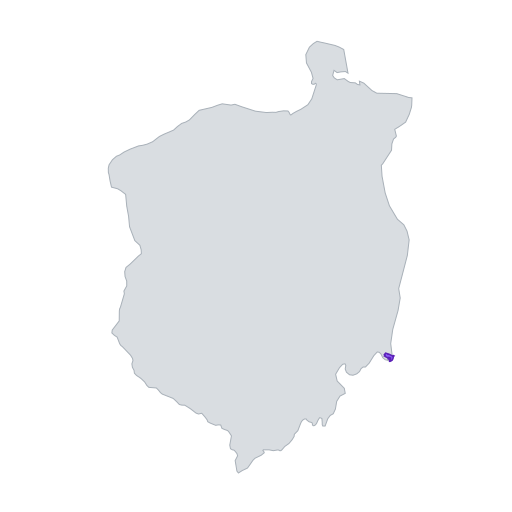 Ciupercenii Noi, Dolj, Romania (highlighted), rotated 273°
{"feature_id": "2599482B10348373605310", "entity_name": "Ciupercenii Noi", "entity_type": "district", "adm_level": 2, "iso_a3": "ROU", "parent_name": "Romania", "parent_adm1": "Dolj", "projection": "mercator", "projection_center": [22.919, 43.888], "detail": "fine", "context": "in_parent", "style": "filled", "palette": "violet", "viewbox_px": 512, "rotation_deg": 273, "n_neighbors": 0, "source": "geoboundaries", "source_scale": "gbopen_adm2", "svg_char_len": 4816}
<svg xmlns="http://www.w3.org/2000/svg" viewBox="0 0 512 512"><g transform="rotate(273 256 256)"><path d="M404.9,293.2L409.8,299.9L415.9,303.5L430.2,307.3L431.4,306.9L431.6,306.2L430.6,305.2L430.4,303.9L431.1,302.4L433.1,302.3L436.3,303.7L442.4,301.7L451.4,296.3L459.7,295.2L467.3,298.4L471.1,302.1L473.6,305.7L472.8,310.0L472.4,312.7L470.4,323.9L469.0,328.1L466.8,332.8L443.4,338.3L444.9,335.7L444.3,331.0L443.4,327.4L445.5,324.2L440.3,323.1L438.0,324.8L436.2,327.9L437.8,334.9L435.2,338.8L434.2,341.0L434.1,346.1L432.6,348.4L432.3,350.8L436.0,350.1L434.3,354.6L427.3,363.1L424.9,368.1L425.5,388.1L422.3,400.0L422.1,403.5L414.6,403.6L412.4,403.4L405.4,401.6L397.5,398.4L392.8,392.3L389.8,387.9L383.1,389.9L381.9,389.3L380.0,387.2L375.0,385.8L368.7,385.8L354.7,377.7L353.2,376.4L342.2,377.7L325.7,381.7L313.1,386.6L300.1,395.3L294.9,402.0L288.8,405.5L280.1,408.1L264.5,407.1L248.4,403.8L231.0,400.2L221.6,402.2L209.0,400.7L189.8,396.4L175.6,395.1L161.5,397.6L159.1,395.7L158.6,393.5L159.2,390.4L161.1,387.9L164.6,386.0L166.3,384.1L166.5,382.1L162.7,378.9L154.9,374.6L151.7,371.8L150.9,371.2L150.7,368.7L149.0,366.8L146.0,365.4L143.6,362.8L142.0,359.1L142.3,355.6L144.7,352.4L147.8,351.0L151.5,351.4L153.0,350.5L152.4,348.2L148.8,345.2L142.1,341.7L135.4,343.6L128.5,351.1L123.5,352.3L120.5,347.2L115.1,344.2L107.3,343.3L102.5,341.4L100.7,338.5L97.3,336.2L89.8,333.9L89.7,331.6L90.9,331.0L93.6,330.8L97.2,330.3L97.7,329.0L97.8,327.9L95.0,326.4L92.1,325.3L90.6,324.3L89.7,323.2L89.5,322.0L90.3,321.2L91.5,321.1L92.6,320.5L93.2,317.7L94.8,315.4L95.9,314.6L95.8,313.0L94.7,311.4L93.1,310.1L90.8,309.2L83.7,306.9L80.0,303.6L77.8,303.5L74.3,301.6L70.6,298.8L67.3,294.7L63.8,292.0L62.9,291.0L62.8,289.9L63.4,288.8L63.4,287.5L62.5,283.5L63.1,279.3L62.9,275.3L62.9,273.5L62.2,273.0L61.6,273.6L60.7,274.3L59.9,274.5L57.3,271.6L54.0,265.6L51.8,263.6L47.4,260.9L43.8,258.6L41.1,253.6L38.4,249.8L40.2,248.2L50.6,245.9L55.5,248.1L57.7,247.3L59.8,245.5L61.0,244.1L61.2,242.6L62.2,240.6L65.8,239.7L75.1,240.9L78.8,238.2L80.2,236.8L81.1,233.6L82.1,231.0L85.4,229.6L85.4,227.2L84.8,224.6L86.8,218.9L88.0,216.5L89.9,215.7L92.2,213.8L96.1,210.1L95.2,206.8L96.0,204.3L100.1,198.4L103.3,192.6L103.2,189.7L103.7,187.2L106.4,184.4L109.4,180.8L113.2,169.6L114.6,167.7L117.1,165.5L119.0,163.4L119.2,155.9L121.0,153.8L124.4,151.4L127.7,147.5L130.5,142.9L132.6,140.7L135.4,140.2L138.4,138.4L141.8,137.7L145.1,138.6L147.2,138.1L150.4,135.9L158.4,127.4L159.6,125.7L161.2,124.5L167.7,121.6L169.4,118.7L171.6,116.1L174.5,116.3L184.0,122.8L194.1,122.4L196.0,122.6L196.6,122.8L197.8,123.3L211.3,126.5L213.4,126.1L214.0,125.9L219.4,128.5L224.2,128.2L228.7,126.3L233.5,125.7L237.8,126.8L241.2,130.6L249.7,138.5L252.3,141.4L256.2,141.0L260.6,139.5L265.0,134.2L278.6,128.2L288.9,126.7L299.0,124.3L310.7,122.6L314.1,117.7L315.9,114.3L317.2,108.1L323.5,106.3L329.5,105.0L331.7,104.2L336.0,103.9L339.4,104.5L344.6,107.6L348.3,111.4L349.7,114.5L352.9,118.8L356.2,124.9L359.8,133.0L360.6,137.0L362.0,141.4L364.7,146.8L369.8,152.7L370.6,153.8L372.9,157.9L377.4,167.1L381.2,170.8L384.5,174.8L386.1,178.8L388.4,182.4L394.0,187.3L398.5,191.6L402.1,204.2L404.6,209.9L406.2,214.3L405.4,223.2L406.4,227.0L404.3,233.9L400.6,247.8L399.8,258.8L400.4,264.7L400.5,268.5L401.4,270.9L402.4,275.9L402.5,280.3L401.2,281.5L399.3,282.5L398.6,283.4L400.3,285.4L402.6,289.0L404.9,293.2Z" fill="#d9dde1" stroke="#a8b0b8" stroke-width="1"/><path d="M165.1,393.1L165.5,391.7L165.8,390.5L165.4,390.2L164.8,389.8L164.5,389.6L164.3,389.4L164.0,389.8L164.0,390.0L163.9,390.0L163.7,390.1L163.4,390.0L163.2,389.8L163.2,390.0L162.9,390.2L162.5,390.1L162.4,390.3L162.4,390.5L162.2,390.7L161.9,391.3L161.3,392.7L161.4,392.8L161.3,393.0L161.2,393.1L161.1,393.3L160.9,393.5L160.7,393.7L160.4,393.5L160.4,393.8L160.3,394.0L160.2,394.0L160.3,394.2L160.4,394.3L160.5,394.3L160.7,394.5L160.8,394.5L161.0,394.6L161.3,394.8L161.5,394.8L161.6,394.7L161.6,394.8L161.2,395.6L160.9,395.4L160.7,395.3L160.4,395.8L160.2,395.8L160.1,395.7L159.9,395.6L159.7,395.6L159.5,395.4L159.4,395.3L159.4,395.2L159.2,395.0L158.9,395.0L158.7,395.0L158.4,394.9L158.1,394.9L157.8,394.9L157.8,395.1L158.0,395.2L158.0,395.4L158.0,395.6L158.0,395.8L158.2,396.2L158.5,396.6L158.8,397.0L159.1,397.4L159.2,397.5L159.3,397.5L159.5,397.6L159.9,397.8L160.1,397.9L160.4,398.0L160.7,398.1L160.9,398.2L161.2,398.2L161.5,398.3L161.8,398.3L162.2,398.3L162.3,398.4L162.6,398.5L162.9,398.6L163.1,399.0L163.1,398.9L163.3,399.0L163.3,398.4L163.3,398.2L163.5,398.2L163.4,398.0L163.5,398.0L163.5,397.9L163.4,397.9L163.5,397.8L163.5,397.7L163.6,397.4L163.5,397.2L163.8,396.6L163.8,396.4L163.9,396.2L164.0,396.0L164.1,395.7L164.4,395.2L164.5,394.9L164.5,394.7L164.7,394.3L164.7,394.2L164.8,394.0L164.8,393.9L164.9,394.0L165.0,393.8L165.0,393.6L165.1,393.4L165.1,393.2L165.1,393.1Z" fill="#8b5cf6" stroke="#5b21b6" stroke-width="1.5"/></g></svg>